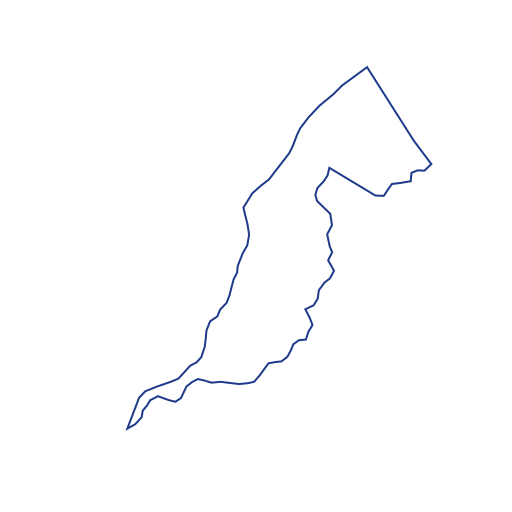 outline of Embakasi North, Nairobi, Kenya, rotated 150°
{"feature_id": "3690345B82574132257993", "entity_name": "Embakasi North", "entity_type": "district", "adm_level": 2, "iso_a3": "KEN", "parent_name": "Kenya", "parent_adm1": "Nairobi", "projection": "natural_earth1", "projection_center": [36.904, -1.247], "detail": "fine", "context": "isolated", "style": "outline", "palette": "blue", "viewbox_px": 512, "rotation_deg": 150, "n_neighbors": 0, "source": "geoboundaries", "source_scale": "gbopen_adm2", "svg_char_len": 1441}
<svg xmlns="http://www.w3.org/2000/svg" viewBox="0 0 512 512"><g transform="rotate(150 256 256)"><path d="M227.7,312.2L235.6,308.0L242.7,304.2L245.0,296.6L247.4,288.0L251.3,277.9L258.2,269.6L266.0,265.1L276.7,256.6L280.7,251.1L287.0,247.0L293.4,240.6L298.5,235.3L304.9,230.1L313.9,227.5L319.7,223.0L328.4,222.4L336.1,216.3L341.2,209.1L345.5,203.3L353.9,195.8L360.5,193.6L367.8,193.9L376.2,191.2L384.5,188.6L392.3,189.6L408.0,192.6L419.4,194.2L428.1,191.7L453.8,170.8L444.8,170.7L435.7,173.5L431.4,178.7L425.1,181.0L419.8,184.0L411.0,183.6L403.7,174.9L398.7,170.1L392.1,170.4L387.1,173.9L381.4,177.8L374.2,178.8L367.8,178.5L362.9,173.9L357.8,168.5L349.5,164.7L334.9,153.7L326.4,149.8L320.5,148.0L312.4,150.8L305.1,154.1L298.7,156.8L292.5,154.6L286.7,152.0L279.3,153.0L273.5,156.5L267.8,160.9L260.9,161.6L254.6,158.7L248.3,164.3L241.6,168.0L240.4,175.5L239.9,185.2L230.8,184.5L224.0,188.1L218.6,195.0L209.8,198.8L203.2,199.6L195.8,204.2L195.7,216.2L188.2,221.1L187.3,227.7L183.5,239.2L174.8,244.7L170.6,255.4L175.6,273.1L174.0,279.4L168.6,284.3L160.3,286.7L153.8,289.9L148.4,295.7L122.4,248.7L115.3,244.2L108.0,247.8L102.3,250.4L94.0,246.9L84.6,243.4L79.8,250.3L73.3,249.4L67.5,245.7L58.2,247.9L61.7,276.9L65.4,364.0L96.3,360.6L107.7,357.5L126.0,354.4L141.2,349.8L153.9,344.5L159.5,340.7L169.1,332.9L175.7,328.5L182.2,325.8L190.2,322.5L199.1,318.9L206.4,315.8L216.2,314.5L227.7,312.2Z" fill="none" stroke="#1e3a8a" stroke-width="2"/></g></svg>